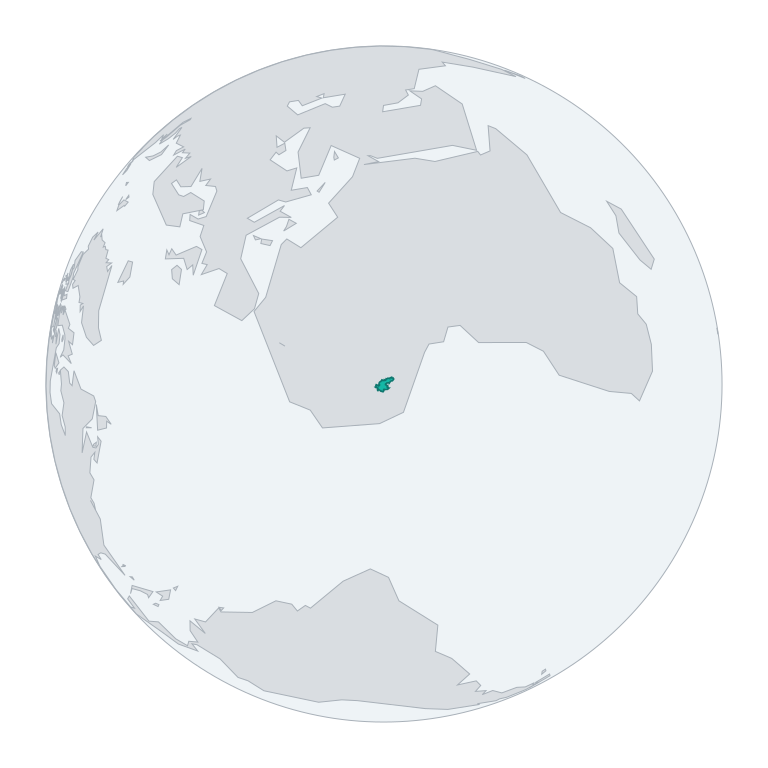 Savanes highlighted on a globe, orthographic projection, rotated 300°
{"feature_id": "CIV-3431", "entity_name": "Savanes", "entity_type": "Department", "adm_level": 1, "iso_a3": "CIV", "parent_name": "Ivory Coast", "parent_adm1": "", "projection": "orthographic", "projection_center": [-5.464, 9.628], "detail": "fine", "context": "on_globe", "style": "filled", "palette": "teal", "viewbox_px": 768, "rotation_deg": 300, "n_neighbors": 0, "source": "natural_earth", "source_scale": "10m", "svg_char_len": 12009}
<svg xmlns="http://www.w3.org/2000/svg" viewBox="0 0 768 768"><g transform="rotate(300 384 384)"><circle cx="384" cy="384" r="338" fill="#eef3f6" stroke="#a8b0b8"/><path d="M281.5,62.0L257.6,71.4L264.0,69.2L256.2,73.6L260.7,73.1L253.6,76.4L263.3,73.3L268.9,70.4L275.1,68.3L278.3,68.1L269.8,71.9L266.9,72.6L266.1,73.6L260.5,75.9L265.0,74.6L254.4,80.0L269.5,74.5L264.8,78.7L256.5,82.4L251.5,82.1L219.7,93.5L209.7,99.0L200.7,106.0L196.0,118.0L187.4,124.8L180.0,133.8L187.4,129.4L195.8,121.0L207.7,116.2L216.6,107.5L222.7,104.7L234.2,96.8L238.7,98.3L236.9,104.4L227.6,111.4L226.6,114.7L240.5,108.9L228.1,124.1L228.5,138.6L224.6,143.1L207.9,148.8L195.0,145.5L173.4,157.0L193.7,150.4L183.6,163.5L184.6,166.5L188.9,166.8L195.1,162.4L193.0,167.6L172.1,175.0L173.7,170.4L180.3,167.7L174.2,166.8L160.0,173.7L156.0,180.8L138.9,187.0L135.8,192.5L130.4,197.5L136.4,188.0L125.2,205.8L104.4,222.0L88.8,255.4L97.3,227.7L96.2,223.1L93.4,221.6L90.6,226.9L90.6,220.2L84.1,229.1L72.0,254.6L64.2,276.1L65.1,280.0L69.8,269.4L73.1,269.4L61.1,299.0L65.2,307.6L59.2,331.0L59.1,344.7L63.6,343.6L67.4,351.8L73.5,339.4L81.9,334.4L78.6,354.0L85.9,337.6L88.7,348.4L107.4,352.8L105.1,356.8L120.3,384.2L142.2,398.8L147.2,414.2L144.1,422.5L152.9,426.6L153.1,432.4L192.8,447.2L217.0,464.6L218.8,484.6L203.7,505.3L202.1,551.2L178.1,562.2L180.2,579.9L175.7,603.2L160.1,598.1L173.0,612.3L171.3,618.5L163.5,616.9L169.5,625.7L164.1,624.4L172.9,631.4L175.4,640.5L187.7,650.7L192.3,657.8L200.6,663.6L198.2,662.7L198.7,663.9L202.5,666.8L190.3,659.6L174.1,646.9L169.1,641.5L165.8,639.4L153.8,624.7L154.3,627.0L134.1,602.0L123.5,582.0L96.5,519.3L89.4,505.4L75.7,486.5L58.3,433.4L59.0,414.7L56.9,404.3L64.0,379.4L64.7,352.4L63.0,347.6L59.6,356.2L56.0,336.0L58.3,315.0L61.0,284.6L69.3,260.9L79.3,238.0L90.9,215.8L104.2,194.5L119.0,174.3L135.3,155.3L152.9,137.5L171.8,121.0L191.9,106.0L213.0,92.5L235.0,80.7L257.9,70.5L281.5,62.0ZM83.6,266.6L88.7,287.7L81.2,287.0L83.5,284.5L83.1,276.5L80.9,268.1L75.7,269.3L83.6,266.6ZM96.0,250.2L94.7,248.2L96.6,248.8L96.0,250.2ZM230.9,96.7L232.4,96.8L229.5,98.2L230.9,96.7ZM234.4,93.5L229.9,95.1L230.8,93.8L233.6,92.8L234.4,93.5ZM239.8,91.9L233.2,91.4L235.0,89.3L247.1,84.1L239.8,91.9ZM269.4,69.7L263.5,72.7L265.4,70.6L269.4,69.7ZM269.1,69.0L266.3,67.6L276.5,63.8L275.4,64.7L286.3,60.7L292.7,59.4L288.1,61.3L280.2,63.9L288.7,61.6L269.1,69.0ZM277.7,67.4L276.2,67.1L285.0,63.6L289.5,63.6L285.2,64.7L277.7,67.4ZM286.0,60.6L293.4,58.5L300.5,56.7L304.3,55.8L293.7,59.1L286.0,60.6ZM284.9,65.3L291.6,63.8L290.4,65.3L279.7,67.5L284.9,65.3ZM285.3,62.9L289.7,61.4L288.8,62.2L285.3,62.9ZM289.8,71.2L287.8,70.3L292.2,68.3L289.8,71.2ZM294.2,63.2L294.6,62.7L296.2,62.0L300.2,61.4L294.2,63.2ZM299.5,57.9L301.0,57.9L304.2,56.4L309.7,55.6L301.6,58.2L307.4,56.7L309.1,56.5L300.6,59.0L299.5,57.9ZM308.9,58.9L300.5,62.8L303.2,64.6L299.4,66.3L295.7,63.2L308.9,58.9ZM304.8,58.6L306.5,59.1L300.8,60.6L296.2,61.2L304.8,58.6ZM316.4,54.3L310.0,54.8L312.0,54.3L316.4,54.3ZM310.8,59.0L312.8,58.1L311.7,58.9L310.8,59.0ZM315.9,55.2L313.4,55.3L315.7,54.7L315.9,55.2ZM318.9,56.5L316.2,57.6L312.9,57.9L318.9,56.5ZM318.4,55.6L322.2,54.8L313.4,57.4L316.9,55.7L318.4,55.6ZM318.5,54.6L319.1,54.3L319.3,54.7L318.5,54.6ZM332.7,55.2L322.4,58.3L315.2,58.8L326.3,55.5L332.7,55.2ZM214.4,673.6L193.2,661.6L203.4,667.5L201.0,664.3L215.6,672.4L214.4,673.6ZM211.5,665.7L214.3,664.6L217.8,666.4L216.6,667.6L211.5,665.7ZM696.7,256.0L698.1,259.7L708.1,296.7L715.3,328.6L716.2,344.6L702.9,302.6L691.9,273.5L690.3,278.1L674.0,256.9L654.9,262.5L649.4,255.7L646.4,260.6L634.5,255.5L625.0,244.3L619.1,246.7L643.6,276.3L649.7,274.0L650.8,259.8L656.8,271.2L668.0,279.4L665.6,311.7L632.7,347.3L624.9,324.0L576.1,265.4L575.0,258.2L574.6,257.4L573.7,256.0L573.9,268.1L564.0,256.9L595.0,297.9L602.2,316.9L632.3,348.9L630.6,353.1L638.9,359.3L659.8,345.0L661.0,353.1L653.9,393.2L620.8,451.2L622.6,484.8L615.8,514.4L589.5,537.4L586.0,559.1L571.6,568.7L566.9,581.2L552.0,595.7L529.4,610.1L497.1,613.7L499.5,602.9L490.2,582.8L479.2,531.3L492.1,505.7L491.1,486.5L467.2,445.2L472.8,420.6L465.3,410.9L450.4,414.5L441.1,403.0L431.7,403.3L369.2,415.0L347.5,400.0L315.2,352.7L324.5,333.2L321.4,311.2L381.8,235.2L399.9,238.2L453.4,225.3L461.0,227.3L460.5,243.9L505.3,260.5L512.9,245.6L547.8,253.1L567.3,250.1L564.1,219.0L532.1,223.1L520.8,209.4L541.9,193.6L569.0,191.9L565.5,186.7L543.6,176.9L545.0,166.6L535.5,173.0L542.9,177.7L537.2,182.3L530.0,178.4L530.8,174.6L521.2,173.3L520.0,193.4L527.5,200.4L505.4,206.8L515.8,219.4L511.5,226.4L492.5,207.9L490.6,200.5L459.2,182.8L459.2,190.8L488.8,208.6L481.7,207.7L481.9,220.4L476.2,210.1L443.9,190.2L420.8,197.3L399.7,230.3L384.4,234.2L367.8,229.2L367.1,197.9L401.3,193.0L401.5,183.4L387.4,171.1L399.0,171.2L397.4,166.0L409.7,164.3L419.8,151.0L431.2,148.7L428.4,134.0L433.9,131.3L433.9,140.5L440.1,146.3L467.5,142.8L470.8,139.3L466.8,130.4L474.8,131.3L467.4,123.2L479.8,118.6L458.5,118.1L453.2,109.4L457.0,102.2L451.4,99.7L445.2,111.6L446.2,116.7L453.2,120.9L452.6,136.8L444.6,140.4L430.8,124.7L418.0,128.6L412.8,116.0L432.6,89.0L444.4,83.8L478.0,91.2L479.2,96.2L467.7,95.7L484.6,103.3L480.2,99.2L486.9,100.4L483.5,93.8L488.1,94.4L477.1,87.4L482.3,87.5L489.2,91.9L488.7,83.7L497.7,83.2L495.4,81.2L490.4,79.1L505.2,80.7L502.8,79.2L497.0,78.0L488.6,74.6L479.4,69.5L485.0,70.3L489.1,72.2L506.1,78.1L516.1,84.1L517.5,84.0L510.1,79.1L489.4,71.7L482.3,68.5L492.1,71.3L487.9,70.0L486.2,68.8L489.7,68.5L478.9,65.4L451.7,54.4L455.8,54.1L467.6,57.0L459.4,54.6L483.4,61.0L506.9,69.2L529.7,79.1L551.8,90.7L572.9,103.8L593.0,118.5L612.0,134.6L629.7,152.0L646.1,170.7L661.1,190.6L674.6,211.5L686.5,233.3L696.7,256.0ZM367.4,272.7L367.3,279.3L367.4,272.7ZM602.5,206.7L615.6,205.5L601.6,188.4L605.5,186.9L599.3,182.0L600.5,187.2L584.1,174.1L586.8,168.1L581.1,161.1L576.3,161.3L573.9,174.7L597.4,192.9L597.9,200.9L602.5,206.7ZM108.1,352.7L109.9,357.1L106.6,356.4L108.1,352.7ZM77.9,294.4L80.0,295.9L80.4,299.4L78.3,299.6L77.9,294.4ZM102.0,303.6L105.7,306.5L100.9,306.8L102.0,303.6ZM90.0,290.7L99.0,302.1L89.9,305.2L84.6,298.4L89.6,298.4L90.0,290.7ZM90.2,260.5L91.1,262.5L89.2,265.8L90.2,260.5ZM97.4,250.9L96.7,250.9L97.2,247.8L97.4,250.9ZM184.9,163.0L186.5,162.6L189.7,164.0L186.1,165.6L184.9,163.0ZM216.8,159.3L212.7,167.9L213.1,162.4L207.2,165.7L200.8,159.1L222.4,145.1L213.7,152.3L216.8,159.3ZM198.2,147.8L199.9,152.7L197.2,148.0L198.2,147.8ZM376.9,142.9L383.3,145.4L382.0,151.3L367.6,156.9L369.3,148.1L376.9,142.9ZM392.7,147.7L383.0,132.1L391.5,128.9L388.4,133.2L395.0,132.6L391.7,139.5L409.4,152.8L409.4,159.1L382.8,164.4L391.5,158.8L384.7,156.3L392.7,147.7ZM343.0,107.0L338.9,102.7L362.8,100.9L363.9,105.3L349.6,110.4L339.9,108.3L343.0,107.0ZM262.4,83.8L259.3,84.1L261.6,82.7L266.2,81.5L262.4,83.8ZM288.5,70.9L278.5,82.2L274.4,82.8L273.4,89.9L262.3,94.6L263.3,89.5L254.0,99.1L250.4,96.4L245.3,103.0L248.7,91.4L245.2,90.2L253.4,89.6L263.7,85.1L267.1,82.9L274.1,76.0L271.5,72.4L281.3,68.3L289.0,66.5L291.1,66.7L284.0,69.1L291.9,67.7L283.3,71.5L288.5,70.9ZM372.7,60.4L363.6,60.8L378.0,63.2L369.5,65.1L371.7,65.2L367.8,67.9L366.9,71.8L362.2,72.4L363.9,73.8L361.3,75.9L362.0,78.1L353.8,80.3L354.1,83.4L350.1,82.7L352.6,87.6L347.1,85.1L343.2,88.3L350.6,89.1L304.8,100.3L289.9,108.6L280.5,117.4L272.2,113.2L275.7,102.9L285.9,91.4L301.4,84.7L294.8,84.6L300.4,81.5L303.2,82.9L302.1,79.1L307.4,77.1L316.4,69.9L311.4,66.8L314.6,64.5L319.2,64.8L319.2,62.5L330.0,61.7L332.5,60.3L345.7,58.6L353.1,60.7L355.4,59.0L365.5,58.3L372.7,60.4ZM336.5,54.7L347.2,55.7L347.9,57.6L324.6,59.9L320.9,61.4L306.0,64.0L305.4,61.5L309.7,60.8L313.7,59.7L312.3,60.9L316.5,59.2L322.5,58.5L327.4,57.1L329.6,57.6L336.5,54.7ZM466.3,220.6L471.6,220.8L479.1,219.3L479.3,227.7L466.3,220.6ZM444.1,207.1L448.4,205.6L452.4,215.8L446.9,216.1L444.1,207.1ZM447.3,196.7L448.3,204.8L444.5,200.6L447.3,196.7ZM437.6,139.0L441.7,137.4L443.5,139.4L442.7,142.8L437.6,139.0ZM413.6,71.5L408.3,70.5L408.7,69.7L400.6,66.0L406.3,64.9L413.4,66.7L413.6,71.5ZM560.6,224.9L557.0,231.4L553.1,229.0L555.2,227.2L560.6,224.9ZM517.7,229.6L529.2,232.3L517.6,231.9L517.7,229.6ZM418.4,69.7L414.5,68.1L419.8,68.6L418.4,69.7ZM410.0,64.0L415.7,64.0L406.1,64.3L410.0,64.0ZM599.1,644.1L595.8,647.1L594.0,648.3L599.1,644.1ZM654.1,502.0L627.3,555.6L616.9,558.0L619.4,543.7L632.2,512.0L645.7,500.7L653.6,485.5L654.1,502.0ZM716.0,331.4L719.3,349.2L719.2,353.5L716.0,331.4ZM461.2,64.2L466.1,70.0L473.4,74.8L483.4,78.0L471.4,76.6L460.2,69.1L461.2,64.2ZM452.3,55.2L443.6,53.4L445.8,53.3L448.1,53.7L452.3,55.2ZM448.1,54.7L440.3,54.5L434.4,53.0L441.7,53.4L448.1,54.7ZM429.8,60.2L430.8,61.8L426.5,61.2L429.8,60.2Z" fill="#d9dde1" stroke="#a8b0b8" stroke-width="1"/><path d="M383.5,379.2L383.8,379.4L383.9,379.5L384.2,379.8L384.4,380.0L384.6,380.1L384.8,380.0L385.0,379.9L385.3,379.9L385.7,380.1L385.8,380.1L386.0,380.1L386.0,380.5L386.2,380.8L386.3,380.7L386.3,380.9L386.5,381.0L386.3,381.1L386.4,381.3L386.5,381.3L386.6,381.2L386.6,381.3L386.8,381.5L386.9,381.8L387.0,382.1L386.9,382.3L387.1,382.5L387.2,382.4L387.3,382.5L387.5,382.5L387.8,382.8L387.9,382.7L387.9,382.8L387.9,383.0L388.0,383.1L387.9,383.1L388.0,383.2L388.0,383.4L388.4,383.4L388.4,383.6L388.5,383.6L388.9,383.5L389.0,383.4L389.1,383.5L389.3,383.6L389.3,383.4L389.5,383.3L389.5,383.6L389.6,383.8L389.8,383.9L390.0,383.8L390.2,384.0L390.3,384.2L390.4,384.3L390.4,384.0L390.7,384.1L391.0,384.5L391.1,384.8L391.3,385.0L391.4,385.3L391.5,385.4L391.4,385.7L391.4,385.8L391.5,385.8L391.4,386.1L391.5,386.3L391.6,386.2L392.0,386.1L392.3,386.3L392.5,386.4L392.8,386.5L393.0,386.7L393.1,386.9L393.2,387.0L393.3,387.0L393.2,387.2L393.2,387.3L393.4,387.5L393.6,387.6L393.4,387.8L393.2,387.9L393.1,388.0L393.5,388.4L393.6,388.5L393.7,388.8L393.8,388.9L393.7,389.0L393.4,389.3L393.3,389.5L393.2,389.5L392.9,389.6L392.8,389.8L392.9,390.0L392.7,390.0L392.5,389.9L392.4,389.9L392.2,389.9L391.9,389.9L391.7,389.9L391.3,389.8L391.2,389.6L391.0,389.4L390.9,389.4L390.6,389.4L390.5,388.9L390.4,388.8L390.2,388.7L389.8,388.5L389.7,388.4L389.4,388.3L389.3,388.2L389.2,388.3L387.1,388.2L387.2,387.9L387.3,387.8L387.4,387.2L387.1,386.9L386.9,386.8L386.8,386.6L386.6,386.4L386.6,386.0L386.4,385.9L385.8,385.8L385.6,386.0L385.5,385.9L385.3,385.5L385.2,385.4L384.9,385.5L384.7,385.4L384.5,385.7L384.4,385.8L384.4,386.2L384.3,386.3L384.2,386.5L384.1,386.4L384.1,386.5L384.1,387.0L383.9,387.2L383.8,387.3L384.2,387.6L384.3,387.7L384.1,387.7L384.1,387.8L384.0,388.1L383.9,388.2L383.9,388.3L384.0,388.3L384.0,388.5L383.8,388.5L383.6,388.5L383.4,388.5L383.2,388.7L382.9,388.7L382.7,388.6L382.5,389.1L382.8,389.3L382.7,389.4L382.7,389.5L382.6,389.9L382.7,390.0L382.8,389.9L383.0,390.0L383.0,390.3L383.1,390.5L382.4,390.3L381.1,389.8L380.2,388.4L380.1,388.2L379.6,387.7L379.4,387.4L379.4,387.2L379.5,387.1L379.6,386.9L379.5,386.6L379.3,386.5L379.1,386.5L378.9,386.5L378.8,386.8L378.6,386.9L378.3,387.2L378.2,387.2L377.9,386.9L377.6,386.8L377.6,387.1L377.3,387.3L376.8,387.2L376.7,387.1L376.6,386.8L376.6,386.7L376.6,386.2L376.4,385.8L376.3,385.6L376.3,385.4L376.3,385.1L376.4,384.9L376.5,384.8L376.6,384.7L376.4,384.5L376.3,384.4L376.2,384.4L376.3,384.0L376.5,383.8L376.5,383.7L376.5,383.4L376.5,383.2L376.5,382.9L376.6,382.7L376.5,382.4L376.4,382.3L376.4,382.1L376.2,382.1L375.5,382.1L375.4,382.1L375.5,381.8L375.7,381.7L375.8,381.3L375.8,381.2L375.7,381.2L375.8,381.1L376.4,381.0L376.5,381.1L377.0,381.1L377.5,380.8L377.5,380.7L377.5,380.4L377.3,380.4L377.2,380.3L377.2,380.2L377.1,379.7L377.0,379.4L377.1,379.2L376.9,379.1L376.8,378.9L376.9,378.7L376.9,378.3L376.9,378.2L377.0,378.0L377.0,377.9L377.3,378.1L377.8,378.4L378.2,378.5L378.3,378.5L378.6,378.4L378.5,378.2L378.4,378.2L378.4,377.9L378.5,377.7L378.9,377.7L379.3,377.5L379.5,377.5L379.4,377.9L379.5,377.9L379.6,378.0L379.5,378.3L379.6,378.5L379.4,378.6L379.4,378.8L379.5,378.8L379.8,378.9L379.8,379.0L379.7,379.2L379.8,379.3L379.8,379.5L379.7,379.6L379.8,379.7L379.7,379.8L379.7,380.0L379.6,379.9L379.5,380.0L379.5,380.3L379.8,380.5L380.3,380.7L380.8,380.7L381.0,380.5L381.0,380.2L381.4,380.2L381.4,379.9L381.4,379.7L381.5,379.7L382.0,379.4L382.8,379.2L383.1,379.2L383.4,379.2L383.5,379.2Z" fill="#14b8a6" stroke="#0f766e" stroke-width="1.5"/></g></svg>